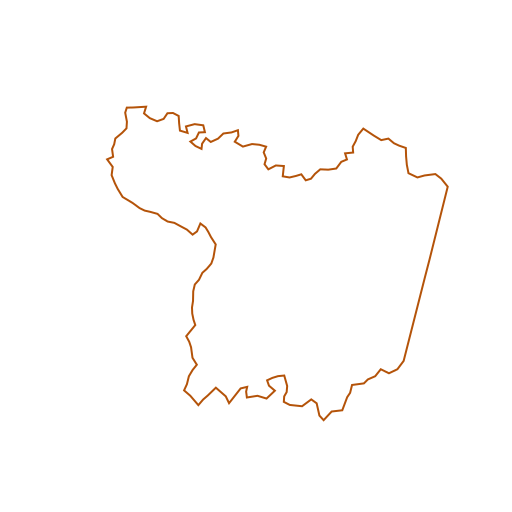 the district of Arapuã, Paraná, Brazil, rotated 293°
{"feature_id": "56859067B42065519789749", "entity_name": "Arapuã", "entity_type": "district", "adm_level": 2, "iso_a3": "BRA", "parent_name": "Brazil", "parent_adm1": "Paraná", "projection": "robinson", "projection_center": [-51.814, -24.328], "detail": "fine", "context": "isolated", "style": "outline", "palette": "amber", "viewbox_px": 512, "rotation_deg": 293, "n_neighbors": 0, "source": "geoboundaries", "source_scale": "gbopen_adm2", "svg_char_len": 2188}
<svg xmlns="http://www.w3.org/2000/svg" viewBox="0 0 512 512"><g transform="rotate(293 256 256)"><path d="M350.5,96.5L344.8,85.1L342.1,79.1L336.8,79.6L329.2,84.7L322.9,86.9L317.2,84.7L309.2,80.6L303.4,81.8L298.2,81.7L291.5,85.7L286.8,81.2L282.0,89.3L274.0,91.5L267.8,97.7L263.7,102.5L258.2,110.2L256.6,121.7L254.6,130.1L254.3,135.8L255.3,141.3L256.3,148.9L254.1,154.6L253.2,161.2L254.6,167.9L253.8,176.3L253.3,182.1L250.9,189.3L255.6,192.1L264.2,192.1L262.6,198.4L259.6,202.6L255.8,207.2L250.9,214.4L245.2,215.7L238.0,217.4L231.6,217.8L224.9,215.7L219.6,213.2L211.8,212.8L205.9,210.8L199.0,212.0L190.0,215.6L183.6,217.2L178.1,219.8L172.9,223.4L168.7,227.1L154.9,223.1L151.0,228.0L146.6,231.9L137.5,237.3L132.8,244.0L126.4,242.2L119.1,241.2L111.0,242.5L104.2,242.3L101.7,250.1L96.2,261.2L103.2,263.4L108.7,266.1L119.1,270.5L115.0,283.0L110.0,288.7L128.1,293.6L132.1,299.0L127.3,299.9L122.2,302.9L127.9,312.0L128.9,321.4L139.4,326.0L141.7,318.6L145.9,314.8L150.2,318.7L154.0,323.2L157.0,328.7L148.5,335.5L142.7,337.4L137.8,336.8L132.6,338.6L132.1,345.3L135.7,357.1L145.6,362.9L144.1,369.4L133.9,376.7L131.3,382.4L142.4,386.4L147.7,395.7L161.7,395.1L166.8,396.1L174.8,394.8L180.9,405.1L186.1,407.2L191.9,412.7L200.5,415.1L200.0,424.2L207.0,430.4L217.1,432.9L302.4,419.8L320.6,417.1L394.7,405.4L399.6,396.3L401.5,389.1L396.0,379.7L391.4,373.9L391.8,364.0L398.9,359.2L406.4,355.2L414.0,351.7L413.5,344.6L413.7,338.9L415.8,332.0L411.6,326.0L412.9,317.2L415.2,305.0L407.5,302.7L400.7,302.9L394.4,302.3L389.2,305.0L385.3,297.9L380.4,302.0L376.0,297.7L367.9,295.7L363.7,288.8L360.9,281.3L354.7,278.2L348.6,276.4L345.1,272.2L348.9,265.8L345.3,261.5L341.4,256.2L339.8,249.5L349.7,246.5L347.1,238.9L340.6,233.5L343.8,228.0L349.7,227.3L354.4,222.6L360.6,222.6L359.7,215.6L357.5,208.6L351.6,201.2L352.9,191.8L359.7,192.9L364.7,190.2L360.2,185.2L356.0,178.1L349.2,175.2L343.3,169.8L345.0,163.9L338.3,162.5L333.3,164.0L333.6,157.3L335.7,150.9L340.8,154.9L347.4,155.2L350.0,160.6L355.7,156.4L353.4,148.0L347.9,140.9L342.6,144.9L341.7,137.0L348.1,133.4L354.7,130.1L355.2,123.7L352.8,118.7L346.1,117.4L341.4,112.3L341.4,104.4L343.5,97.2L350.5,96.5Z" fill="none" stroke="#b45309" stroke-width="2"/></g></svg>